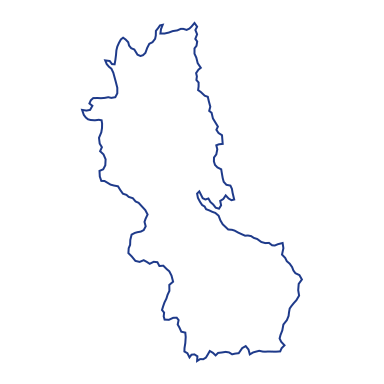 Rio Casca, Minas Gerais, Brazil (Equal Earth projection)
{"feature_id": "56859067B885632128297", "entity_name": "Rio Casca", "entity_type": "district", "adm_level": 2, "iso_a3": "BRA", "parent_name": "Brazil", "parent_adm1": "Minas Gerais", "projection": "equal_earth", "projection_center": [-42.663, -20.132], "detail": "fine", "context": "isolated", "style": "outline", "palette": "blue", "viewbox_px": 384, "rotation_deg": 0, "n_neighbors": 0, "source": "geoboundaries", "source_scale": "gbopen_adm2", "svg_char_len": 3656}
<svg xmlns="http://www.w3.org/2000/svg" viewBox="0 0 384 384"><path d="M284.5,345.3L281.2,341.8L279.6,338.5L280.5,335.0L282.3,330.4L283.4,324.5L286.9,320.1L288.6,315.9L289.0,312.4L289.7,308.5L291.6,305.8L293.7,303.2L296.4,300.2L299.1,295.6L298.2,290.2L298.7,283.9L301.9,279.5L299.4,275.1L295.4,273.2L293.4,270.5L292.1,267.1L289.7,263.7L286.8,261.2L285.2,257.9L282.0,254.6L283.4,248.2L282.6,243.0L277.9,244.2L274.8,245.5L272.1,245.3L269.0,242.9L265.3,243.1L261.3,242.0L257.2,239.0L253.8,237.9L251.1,236.1L247.9,235.5L245.1,235.7L241.7,234.2L238.2,232.6L234.6,230.6L232.0,229.8L228.2,229.5L225.9,227.3L222.7,224.3L220.4,220.4L218.6,215.7L215.3,212.9L212.2,211.8L209.3,210.4L206.1,209.2L204.6,206.5L202.1,205.0L200.0,201.8L197.9,197.8L197.1,193.6L199.3,191.4L201.2,195.2L202.7,198.2L205.4,199.5L208.4,198.5L210.4,202.0L213.2,204.5L215.7,207.7L219.0,208.7L221.1,205.3L220.2,200.9L223.3,199.0L225.7,195.4L228.6,198.5L231.5,200.2L234.2,199.5L232.6,192.9L231.9,188.8L230.4,185.6L226.4,184.8L223.7,181.8L222.7,178.1L222.1,174.7L221.2,169.3L217.4,167.4L215.0,164.9L213.9,161.4L214.0,157.5L216.3,154.4L217.3,149.3L216.3,145.3L218.9,144.3L222.7,143.9L222.0,135.2L218.5,133.0L216.4,129.8L217.9,126.6L215.7,123.0L212.9,118.4L211.6,112.8L209.2,110.9L210.3,106.7L208.8,101.2L207.8,96.8L204.7,95.7L200.8,92.0L198.1,90.1L198.6,86.5L198.6,82.5L196.4,80.0L196.9,76.4L196.1,73.1L198.5,69.6L200.8,67.8L197.7,63.2L196.3,57.6L194.5,53.7L194.5,48.4L196.5,45.8L197.2,41.5L195.3,38.9L197.1,34.3L195.4,30.0L197.1,26.7L194.5,23.0L191.5,26.6L189.4,28.6L186.6,29.9L183.4,28.9L180.7,28.9L177.3,30.4L172.7,31.1L168.7,32.6L164.6,33.5L160.4,33.5L161.0,29.1L162.7,24.8L160.0,25.4L158.2,28.0L155.9,30.9L155.8,35.5L155.1,38.8L152.5,42.2L149.3,43.8L147.2,47.9L145.4,52.9L143.0,55.2L140.5,56.0L137.5,54.7L134.3,49.5L131.2,48.2L129.1,45.6L128.2,42.2L125.6,39.5L123.1,37.7L120.9,39.4L119.0,42.8L117.3,46.6L116.4,50.3L116.0,55.0L115.4,59.8L114.6,64.3L112.0,64.1L109.7,61.0L105.2,60.4L106.7,64.1L109.0,66.8L111.4,68.7L113.3,72.7L114.6,77.5L115.8,81.9L117.3,87.8L117.3,93.3L115.3,97.2L111.3,97.9L108.3,97.2L104.7,97.9L100.9,98.2L97.6,98.0L93.2,98.1L90.8,100.3L89.4,103.5L92.4,105.8L90.1,109.9L86.4,110.6L82.1,109.9L83.8,114.9L85.8,117.5L88.0,119.3L90.6,120.0L94.9,120.3L98.8,119.8L101.6,120.3L102.1,123.7L102.0,128.1L101.3,132.3L99.0,137.8L99.7,143.6L101.9,147.2L100.1,151.2L103.5,154.4L105.6,159.3L105.3,165.3L103.2,169.3L99.5,170.9L99.8,176.5L101.3,180.9L104.5,181.0L107.9,183.0L110.5,184.6L113.8,185.5L118.0,186.3L120.2,189.9L122.9,193.7L126.5,194.9L128.7,196.9L132.8,198.2L135.6,201.5L138.6,202.8L141.8,206.3L145.3,210.1L147.6,214.5L145.6,218.7L144.5,221.9L145.7,226.3L143.7,230.1L140.8,231.6L137.4,232.2L134.9,232.9L131.6,234.6L130.3,239.9L130.1,244.9L128.7,248.2L128.4,253.1L131.7,256.4L135.4,260.9L139.6,261.9L143.7,260.2L146.8,261.9L149.7,263.8L153.7,261.8L157.4,262.2L159.4,266.0L163.3,265.7L166.8,269.2L169.3,271.3L171.5,275.6L173.1,281.7L169.3,284.9L169.4,290.9L167.6,294.7L166.4,298.6L164.5,302.4L163.2,306.1L162.0,310.0L164.1,312.6L163.7,316.4L164.6,319.6L168.9,319.8L173.2,317.8L176.7,317.7L178.6,320.1L177.7,324.5L179.3,327.3L181.3,331.7L185.3,332.6L185.7,337.0L185.3,343.1L184.5,348.1L184.4,351.5L187.4,353.2L189.5,357.4L191.5,354.7L194.4,354.4L197.4,356.3L197.1,361.0L200.1,359.1L203.3,359.2L205.9,357.6L207.5,355.0L209.8,351.0L212.9,352.8L215.6,355.4L218.1,352.9L221.7,352.5L225.6,351.9L229.0,352.4L232.1,354.3L235.2,353.6L238.7,353.2L240.5,350.6L242.2,348.1L245.7,346.1L248.5,349.5L249.8,354.4L253.2,352.4L256.1,351.6L259.2,350.8L262.9,351.6L265.5,351.7L268.0,351.5L272.0,351.6L275.6,351.7L280.2,351.4L281.6,348.2L284.5,345.3Z" fill="none" stroke="#1e3a8a" stroke-width="2"/></svg>